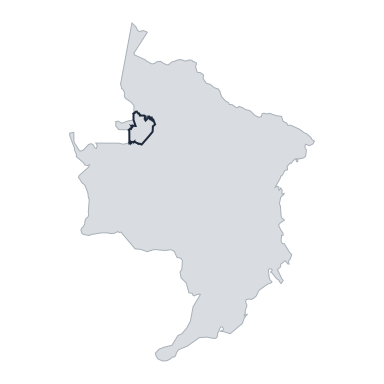 Mitú, Vaupés, Colombia shown in context, rotated 180°
{"feature_id": "7082276B74847859536954", "entity_name": "Mitú", "entity_type": "district", "adm_level": 2, "iso_a3": "COL", "parent_name": "Colombia", "parent_adm1": "Vaupés", "projection": "mercator", "projection_center": [-70.077, 0.972], "detail": "fine", "context": "in_parent", "style": "outline", "palette": "slate", "viewbox_px": 384, "rotation_deg": 180, "n_neighbors": 0, "source": "geoboundaries", "source_scale": "gbopen_adm2", "svg_char_len": 6690}
<svg xmlns="http://www.w3.org/2000/svg" viewBox="0 0 384 384"><g transform="rotate(180 192 192)"><path d="M224.9,34.8L220.5,36.6L212.0,38.8L206.1,48.5L202.2,50.2L197.3,55.9L193.6,62.9L190.9,77.3L183.6,89.5L184.2,90.0L187.1,89.5L189.8,88.1L190.8,88.5L191.8,90.7L195.1,91.2L197.7,101.0L202.8,106.0L203.3,108.0L204.0,112.0L202.2,114.5L201.6,123.5L203.2,125.7L207.0,126.6L209.5,132.2L211.0,133.5L213.3,134.3L218.8,133.5L228.7,134.4L231.0,134.2L236.6,132.3L243.6,134.7L248.9,135.1L263.0,151.9L264.4,151.4L266.2,152.4L269.8,150.7L272.9,150.4L276.9,151.2L282.2,151.2L293.0,149.5L294.6,148.5L300.5,149.5L302.2,150.8L303.1,153.9L302.4,155.8L300.3,157.8L299.2,160.3L299.0,163.3L297.9,165.6L296.0,167.1L295.3,169.2L295.7,172.0L294.7,184.6L295.5,185.7L296.1,190.9L298.6,197.6L299.8,199.5L301.9,201.1L305.6,206.7L304.8,208.5L295.1,217.2L294.6,219.2L296.5,218.4L299.4,219.2L300.5,221.3L307.7,227.4L307.6,229.7L309.6,234.2L309.3,235.2L314.2,248.2L314.4,250.9L310.2,251.6L310.1,243.0L309.5,241.2L304.8,233.5L303.8,232.9L300.7,233.8L295.5,239.5L293.0,240.3L291.1,239.5L289.1,236.1L287.8,235.5L286.6,238.3L288.2,240.9L265.2,240.8L260.7,239.8L254.5,241.1L254.4,254.2L265.3,254.4L268.3,258.1L268.0,261.2L268.5,262.3L265.9,262.9L262.1,260.8L255.3,263.3L250.4,263.9L250.0,278.3L253.0,281.9L258.8,285.8L259.7,288.4L259.3,290.9L260.7,294.0L262.6,295.7L262.6,297.5L263.5,299.6L252.1,361.0L248.1,357.2L246.6,353.8L244.6,352.4L240.8,353.5L236.6,351.8L250.0,331.0L249.5,329.1L238.4,324.0L237.2,322.7L231.9,320.0L229.0,320.8L227.3,322.2L223.3,322.6L220.0,320.4L216.1,318.9L211.5,322.4L210.1,322.4L206.8,323.9L203.2,324.5L198.6,322.9L194.8,324.0L192.2,323.8L191.2,322.7L187.9,321.4L187.5,320.0L188.5,317.5L187.0,312.4L186.5,311.6L184.0,311.5L181.0,309.6L180.4,308.6L181.0,306.5L180.5,304.7L177.6,300.7L173.6,299.6L169.8,296.3L165.9,295.1L164.1,292.7L162.4,287.2L158.4,283.0L155.6,281.5L154.7,279.6L151.8,279.3L147.9,276.5L146.2,276.4L145.0,277.7L141.4,276.3L138.3,274.3L135.1,273.7L133.0,272.5L129.2,268.6L125.1,266.7L122.7,267.4L121.9,270.3L120.6,270.8L115.9,270.0L115.1,270.7L113.8,270.5L108.1,268.4L102.4,267.6L101.0,262.7L97.3,260.9L96.2,258.6L93.7,258.9L84.0,254.5L80.0,251.4L76.5,249.7L72.9,246.2L72.4,244.8L69.6,242.8L71.0,240.2L74.3,238.3L78.6,239.8L79.2,236.8L77.6,234.1L78.3,228.0L79.5,226.7L81.9,225.5L83.4,225.9L84.3,224.9L87.8,225.4L88.9,225.0L91.6,222.5L92.8,220.6L94.0,220.8L96.9,217.5L96.4,214.2L99.1,213.5L102.0,208.2L103.2,208.0L103.9,205.5L108.9,196.6L107.1,197.7L105.1,197.0L105.4,194.0L104.8,193.7L103.2,196.0L101.8,193.6L102.2,189.9L99.9,190.6L100.0,189.7L103.3,186.8L104.6,180.3L103.6,177.9L102.9,168.1L102.3,166.2L99.6,163.8L103.9,161.0L105.4,158.9L103.5,154.5L101.0,150.8L100.9,148.6L102.4,148.8L103.0,142.7L101.6,140.4L99.8,140.4L94.2,131.3L92.3,129.5L93.7,125.1L95.4,123.2L95.1,119.9L96.2,120.1L98.6,123.1L99.6,122.6L103.3,119.8L103.4,117.1L106.5,114.4L102.2,105.1L100.8,103.7L102.5,100.7L103.5,100.8L105.1,103.8L107.8,105.7L111.7,110.8L113.4,112.0L112.2,113.1L111.9,114.4L112.5,115.0L114.7,115.2L115.6,113.8L115.0,107.5L114.1,104.3L112.0,102.1L112.7,101.2L116.7,99.7L125.0,93.7L127.8,88.0L130.0,86.0L132.5,84.6L135.5,85.0L137.8,84.2L138.5,82.4L137.0,78.5L138.8,73.2L138.7,70.4L139.9,68.8L139.5,68.2L136.4,70.1L139.6,66.3L141.7,60.5L153.8,50.3L161.7,52.7L164.2,52.6L160.9,53.9L160.5,55.3L161.6,56.9L162.8,57.3L163.8,56.3L166.4,50.4L166.8,47.1L168.0,45.9L169.7,45.5L177.4,46.9L184.7,46.4L196.6,37.9L205.6,34.2L207.8,30.7L208.4,28.1L210.0,27.0L211.8,27.0L212.8,25.6L216.9,23.3L221.4,23.0L226.0,25.0L228.2,28.6L228.5,31.0L224.9,34.8ZM88.0,224.3L87.4,224.7L86.4,223.9L86.0,222.9L86.7,222.2L87.5,222.4L88.0,224.3Z" fill="#d9dde1" stroke="#a8b0b8" stroke-width="1"/><path d="M250.5,270.3L250.5,264.2L248.4,258.0L248.6,258.0L248.8,258.5L249.0,258.8L249.3,258.8L249.5,258.7L249.7,258.3L249.8,258.3L249.9,258.2L250.2,258.1L250.4,258.1L250.5,258.2L250.8,258.2L251.0,258.1L251.4,258.3L251.5,258.3L251.8,258.4L251.9,258.5L252.1,258.3L252.0,258.2L251.9,258.0L251.8,257.8L251.9,257.7L251.8,257.4L251.8,257.2L252.0,257.0L252.3,257.2L252.2,257.0L252.3,257.0L252.3,256.8L252.3,256.7L252.3,256.2L252.5,256.0L252.6,255.9L252.9,255.7L253.0,255.6L253.0,255.4L253.4,255.6L253.6,255.6L253.7,255.4L253.7,255.2L253.8,255.0L254.2,254.8L254.4,254.8L255.2,254.1L254.8,253.8L254.7,253.8L254.6,241.0L254.4,241.1L254.2,240.9L254.2,241.0L254.2,240.9L254.0,241.0L253.9,241.0L254.0,241.1L253.8,241.1L253.8,241.3L253.7,241.4L253.7,241.5L253.4,241.6L253.2,241.5L252.9,241.7L252.9,241.8L252.8,241.7L252.8,241.8L252.7,241.8L252.8,241.8L252.7,241.8L252.5,242.0L252.4,242.0L252.2,242.1L251.9,242.1L251.7,242.1L251.4,242.0L251.2,242.0L250.9,242.0L250.7,242.1L250.4,242.2L250.2,242.2L249.9,242.2L249.8,242.3L249.7,242.3L249.7,242.2L249.6,242.3L249.6,242.2L249.5,242.3L249.4,242.2L249.2,242.2L248.9,242.1L248.6,241.8L248.3,241.7L248.1,241.6L247.8,241.4L247.7,241.2L247.4,241.1L247.1,241.0L246.8,240.9L246.5,240.9L246.3,240.8L246.1,240.7L246.0,240.3L245.8,240.2L245.6,240.2L245.5,240.3L245.3,240.3L245.2,240.3L245.1,240.2L245.0,240.3L244.9,240.3L244.8,240.2L244.7,240.1L244.4,240.2L244.1,240.2L243.8,240.1L243.6,240.1L242.9,239.8L242.9,239.6L242.6,239.5L242.3,239.5L234.5,248.5L231.4,252.3L231.1,256.9L231.1,257.1L231.2,257.3L231.1,257.7L230.9,257.8L228.9,259.6L230.6,264.0L230.7,263.9L230.8,263.9L230.9,263.7L230.9,263.8L231.0,263.8L231.0,263.7L230.9,263.6L231.0,263.5L231.1,263.8L231.3,263.8L231.3,264.0L231.5,264.1L231.8,264.0L231.8,264.3L231.8,264.5L231.7,264.6L232.3,266.4L232.5,266.3L232.8,266.0L232.9,265.8L232.8,265.7L232.9,265.3L232.9,265.2L233.0,264.9L233.3,264.7L233.5,264.6L233.8,264.6L233.9,264.8L234.0,264.9L233.9,265.0L234.0,265.2L233.9,265.3L233.9,265.2L233.9,265.3L234.0,265.4L233.9,265.4L234.0,265.4L234.1,265.5L233.9,265.6L233.9,265.8L233.9,265.7L234.0,265.8L234.1,265.7L234.2,265.8L234.3,266.0L234.2,266.2L234.3,266.3L234.5,266.4L234.4,266.9L234.5,267.1L234.8,267.3L234.7,267.3L234.8,267.4L238.4,263.4L238.5,263.5L238.6,263.8L238.7,264.0L238.8,264.1L238.8,264.3L238.7,264.4L238.7,264.6L238.8,265.0L239.1,265.1L239.2,265.3L239.3,265.3L239.3,265.5L239.2,265.9L239.2,266.0L239.1,266.3L239.0,266.5L238.9,266.7L238.8,266.8L238.9,267.0L239.0,267.3L238.9,267.3L239.0,267.4L239.1,267.5L239.0,267.8L239.3,268.1L239.5,268.2L239.7,268.3L239.8,268.3L239.9,268.5L244.1,268.5L244.1,268.8L244.1,269.0L244.3,269.0L244.5,269.4L244.5,269.8L244.6,270.0L244.7,270.3L244.8,270.5L245.0,270.6L245.3,270.7L245.5,270.6L245.8,270.5L246.0,270.6L246.2,270.9L247.2,272.4L247.3,272.4L247.6,272.4L247.8,272.4L248.1,272.2L248.4,272.2L248.6,272.0L248.8,271.9L249.0,271.7L249.1,271.4L249.3,271.2L249.6,271.0L249.6,270.9L249.9,270.8L250.0,270.7L250.3,270.7L250.5,270.5L250.3,270.4L250.5,270.3Z" fill="none" stroke="#1e293b" stroke-width="2"/></g></svg>